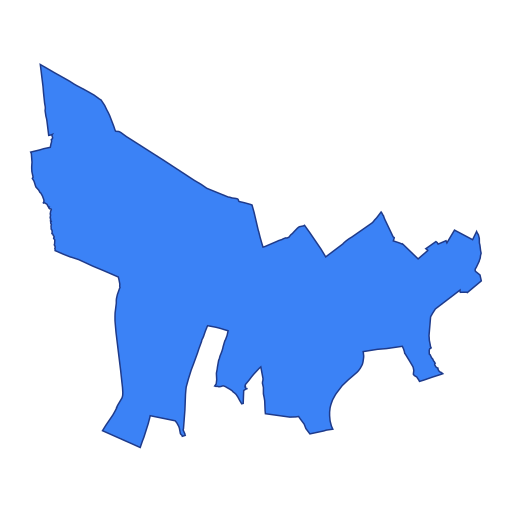 Romanesti, Iasi, Romania
{"feature_id": "2599482B96915203273112", "entity_name": "Romanesti", "entity_type": "district", "adm_level": 2, "iso_a3": "ROU", "parent_name": "Romania", "parent_adm1": "Iasi", "projection": "natural_earth1", "projection_center": [27.339, 47.277], "detail": "fine", "context": "isolated", "style": "filled", "palette": "blue", "viewbox_px": 512, "rotation_deg": 0, "n_neighbors": 0, "source": "geoboundaries", "source_scale": "gbopen_adm2", "svg_char_len": 5960}
<svg xmlns="http://www.w3.org/2000/svg" viewBox="0 0 512 512"><path d="M442.8,373.7L442.3,373.2L441.1,372.6L441.0,372.3L440.4,372.2L439.3,371.4L438.5,370.3L438.2,369.6L438.0,369.3L437.9,368.6L438.0,368.2L436.8,367.6L435.9,366.9L434.8,365.0L434.7,364.3L434.7,363.9L435.2,363.2L434.7,362.7L434.4,361.9L433.6,361.0L432.8,359.2L432.5,358.7L431.6,357.8L430.1,354.7L429.3,354.1L429.2,350.3L429.8,348.6L431.0,348.1L431.1,347.6L430.5,346.6L430.2,344.7L429.3,340.2L429.2,337.8L429.0,335.7L430.6,316.8L432.5,313.4L435.4,308.9L460.0,290.1L460.0,291.1L460.3,292.3L466.6,292.2L467.3,292.6L481.3,280.9L480.0,275.0L475.8,271.6L475.3,271.0L475.1,270.1L475.3,268.9L476.2,267.5L479.2,261.2L479.5,259.9L479.8,259.2L480.2,258.1L480.5,255.6L481.1,253.2L480.6,250.7L479.9,245.1L479.4,243.0L479.3,238.4L478.9,236.7L478.4,234.8L476.9,232.3L476.6,231.5L472.6,239.7L454.5,230.1L446.9,242.9L446.0,240.7L438.1,244.1L437.9,243.6L437.2,242.6L435.9,241.6L425.8,248.7L427.5,249.9L427.8,250.4L427.7,250.6L418.1,258.9L403.2,244.5L402.4,243.9L402.3,244.1L399.3,242.9L393.3,240.9L394.1,238.4L394.2,237.6L393.1,236.8L384.9,219.6L383.7,216.7L383.7,216.2L383.0,215.2L381.7,212.8L381.1,212.0L376.6,217.9L374.5,220.1L373.4,221.6L372.2,222.8L371.1,223.6L351.9,237.0L349.1,238.7L346.1,240.9L343.9,242.8L342.8,244.0L325.7,256.9L321.0,249.1L309.8,232.7L304.5,225.3L303.5,225.9L299.5,226.7L298.9,227.0L297.5,228.1L294.5,231.2L292.4,233.5L290.8,234.8L288.9,237.2L287.3,237.9L286.8,238.0L285.6,237.9L283.0,238.9L282.3,239.4L278.6,240.6L276.9,241.4L264.8,246.6L263.0,247.1L261.7,242.9L260.1,237.3L258.7,231.6L258.3,230.5L254.1,212.5L252.0,205.0L250.4,204.4L243.9,202.6L239.4,201.6L239.0,201.4L238.8,201.2L238.1,199.4L237.6,199.0L236.9,198.7L235.5,198.4L232.2,198.0L229.7,197.2L228.4,197.1L206.8,188.3L201.5,184.6L194.2,180.3L164.7,161.0L131.0,139.5L126.4,136.6L121.1,132.7L120.1,132.1L118.8,131.5L116.1,131.3L115.7,131.2L115.4,130.9L114.9,129.7L113.7,126.1L109.7,115.7L108.3,112.7L106.9,110.1L104.7,105.5L103.6,103.8L101.4,100.5L101.1,100.0L100.2,99.5L99.1,98.8L94.1,95.1L91.1,93.4L84.5,89.7L76.7,85.6L73.6,83.8L69.6,81.2L54.3,72.6L40.3,64.5L43.0,86.4L43.5,92.6L44.1,98.3L44.6,103.1L45.3,107.0L45.3,109.1L45.1,110.1L45.2,111.4L45.9,116.1L46.6,118.9L46.9,120.7L48.7,135.4L50.7,135.0L52.3,134.4L52.1,134.7L52.0,135.2L52.0,135.7L52.5,137.1L52.6,138.0L52.2,138.9L51.3,139.5L51.5,140.5L51.6,141.4L51.3,142.8L51.0,143.7L50.3,147.3L43.7,148.7L39.8,149.9L30.7,152.1L31.1,152.9L31.4,154.1L32.0,162.3L31.7,166.7L31.7,168.2L31.9,171.7L33.1,177.2L32.3,178.4L32.7,179.1L33.0,179.4L34.1,181.4L35.2,185.0L35.9,187.0L38.7,190.1L40.0,192.5L40.7,192.9L42.4,195.9L43.7,199.4L44.0,200.9L43.7,202.2L43.3,202.8L43.6,203.1L44.5,202.8L44.9,203.0L47.0,204.3L47.3,204.7L47.6,205.8L48.6,206.8L49.1,207.0L48.6,207.5L48.7,207.8L49.3,208.3L49.6,208.8L50.6,208.8L51.1,209.1L51.3,209.4L51.3,209.8L50.7,211.0L50.6,211.7L50.2,214.0L50.3,214.3L50.6,214.9L50.3,216.7L50.4,217.2L50.1,217.8L50.6,218.8L50.7,219.1L50.5,220.0L50.5,220.4L50.5,220.7L51.2,221.1L51.3,221.3L50.8,221.6L50.6,221.8L50.8,222.8L50.7,223.1L50.9,223.7L51.1,223.9L51.4,224.5L51.1,225.5L51.0,226.3L51.2,228.0L51.1,228.7L51.2,229.2L51.8,229.9L52.0,230.5L52.2,231.3L52.1,231.9L52.1,233.0L51.9,233.4L51.9,233.6L52.8,234.1L53.1,235.1L54.1,236.6L54.2,237.0L54.1,237.3L53.8,237.6L53.6,238.4L54.8,239.9L54.7,242.0L54.6,243.9L54.3,244.6L54.3,245.0L54.8,245.6L54.8,246.0L55.1,246.4L55.2,247.6L54.8,248.4L55.0,248.8L55.0,249.2L55.3,250.1L55.1,250.6L63.1,254.1L70.4,257.0L71.4,257.2L78.7,259.6L92.7,266.1L103.3,270.5L118.3,277.0L119.0,279.8L119.7,283.4L119.8,284.4L119.7,286.2L120.0,287.6L119.6,288.3L117.4,294.5L116.5,298.4L116.3,300.2L116.3,303.3L115.1,312.9L115.0,316.2L115.0,320.5L115.2,323.2L116.0,332.3L118.4,352.2L120.7,370.9L121.2,375.7L122.5,387.5L122.8,392.4L122.7,395.2L122.3,397.0L121.9,398.1L117.7,405.2L116.6,407.5L116.8,407.6L116.7,407.9L114.9,411.4L112.8,415.1L105.9,425.2L102.5,430.7L140.2,447.5L142.5,440.8L143.8,437.5L148.2,423.7L149.6,418.3L150.2,415.7L175.2,420.8L176.9,423.0L178.8,426.5L179.4,428.3L180.4,433.6L180.6,434.0L182.0,435.4L182.3,436.3L185.2,435.4L184.9,434.6L185.0,434.2L183.2,430.1L183.2,429.8L183.2,429.3L183.4,428.9L183.5,428.4L184.9,410.0L185.5,394.4L185.8,390.6L186.2,387.0L188.4,379.0L191.2,370.0L193.6,363.7L197.4,353.3L198.9,348.7L201.5,341.6L201.9,339.8L202.8,338.1L203.7,336.0L204.1,334.7L205.5,330.7L207.3,326.3L207.7,325.7L215.7,327.2L219.3,328.1L228.1,330.8L227.1,335.4L225.5,339.7L224.8,340.9L223.1,346.7L222.8,348.2L222.1,350.6L221.4,352.6L220.0,356.1L219.2,359.2L218.9,359.6L218.6,360.5L217.4,367.3L217.2,369.1L216.5,372.6L216.4,373.6L216.7,379.8L216.2,383.9L214.7,386.0L215.9,386.4L217.3,386.3L218.5,386.7L219.8,386.7L220.9,386.5L223.0,385.8L223.3,385.8L224.5,386.3L225.2,386.5L226.5,387.3L230.0,389.3L232.3,390.9L233.0,391.8L234.6,393.0L236.1,394.4L237.9,397.1L239.6,400.3L241.7,403.8L243.2,403.4L243.7,390.5L245.7,389.2L246.9,388.7L246.7,388.4L246.0,388.4L245.2,387.5L245.2,387.2L245.4,387.0L245.5,386.6L245.4,386.2L245.0,386.1L245.3,384.9L245.5,384.4L249.0,380.2L251.4,377.0L253.8,374.1L256.5,371.2L259.0,368.5L260.8,366.9L263.0,378.5L262.9,380.5L262.6,381.4L262.4,383.1L263.4,387.5L263.4,393.9L264.2,397.7L264.7,400.8L265.1,410.6L265.4,413.7L289.8,417.1L295.8,416.9L298.6,416.5L300.4,419.1L303.8,423.6L304.2,424.2L305.9,428.6L309.9,433.9L312.2,433.4L323.9,430.9L326.4,430.1L332.8,429.2L331.5,426.3L331.1,424.9L330.2,421.4L330.0,420.2L329.6,415.6L329.6,412.0L330.1,407.7L330.7,405.3L331.3,403.4L332.6,399.8L335.3,394.9L336.2,393.5L342.2,385.6L348.4,379.7L356.9,372.4L358.5,370.7L360.3,368.2L362.0,365.1L362.5,363.9L363.0,361.9L363.6,357.7L363.7,356.0L363.2,351.6L377.5,349.3L386.4,348.6L402.3,346.3L403.5,348.8L404.4,351.6L404.7,353.3L405.4,354.2L408.4,359.1L409.4,360.7L412.7,366.3L413.2,367.4L413.8,370.5L413.7,371.3L413.4,373.7L413.4,374.4L413.9,375.0L414.4,375.6L416.6,376.9L417.0,377.3L417.7,378.5L418.6,379.7L419.5,381.4L423.8,380.1L431.8,377.3L440.9,374.4L442.8,373.7Z" fill="#3b82f6" stroke="#1e3a8a" stroke-width="1.5"/></svg>